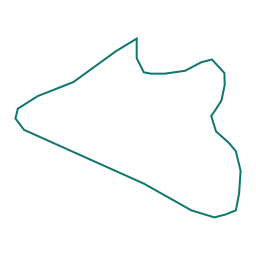 outline of East Renfrewshire
{"feature_id": "GBR-2003", "entity_name": "East Renfrewshire", "entity_type": "Unitary District", "adm_level": 1, "iso_a3": "GBR", "parent_name": "United Kingdom", "parent_adm1": "", "projection": "orthographic", "projection_center": [-4.331, 55.752], "detail": "fine", "context": "isolated", "style": "outline", "palette": "teal", "viewbox_px": 256, "rotation_deg": 0, "n_neighbors": 0, "source": "natural_earth", "source_scale": "10m", "svg_char_len": 502}
<svg xmlns="http://www.w3.org/2000/svg" viewBox="0 0 256 256"><path d="M15.4,118.5L15.5,118.3L16.6,113.8L17.8,108.7L37.7,96.1L73.3,82.1L116.1,51.1L136.7,38.6L136.7,58.2L143.8,72.3L151.0,73.7L164.4,73.7L185.0,70.8L200.9,62.4L211.9,59.5L224.4,73.0L224.7,84.9L221.5,100.4L215.2,110.3L211.2,115.9L216.0,131.4L228.7,142.7L235.8,151.1L240.6,170.8L239.1,193.4L235.9,210.3L225.6,214.5L216.5,216.8L214.5,217.4L191.4,210.4L143.8,183.6L24.1,129.9L15.4,118.5Z" fill="none" stroke="#0f766e" stroke-width="2"/></svg>